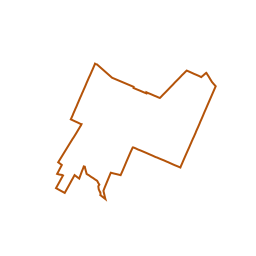 the district of Gottlob, Timis, Romania, rotated 308°
{"feature_id": "2599482B49237381448413", "entity_name": "Gottlob", "entity_type": "district", "adm_level": 2, "iso_a3": "ROU", "parent_name": "Romania", "parent_adm1": "Timis", "projection": "orthographic", "projection_center": [20.686, 45.94], "detail": "fine", "context": "isolated", "style": "outline", "palette": "amber", "viewbox_px": 256, "rotation_deg": 308, "n_neighbors": 0, "source": "geoboundaries", "source_scale": "gbopen_adm2", "svg_char_len": 3082}
<svg xmlns="http://www.w3.org/2000/svg" viewBox="0 0 256 256"><g transform="rotate(308 128 128)"><path d="M209.4,138.9L208.7,138.8L207.3,138.6L205.5,138.4L202.7,138.0L201.3,137.9L199.2,137.7L196.7,137.4L192.7,136.9L189.9,136.7L186.5,136.3L182.5,135.9L181.6,135.8L178.9,135.5L175.7,135.1L172.5,134.8L171.3,134.6L170.8,133.1L170.3,131.0L169.7,129.0L169.1,126.6L168.5,124.3L167.9,122.3L167.5,120.5L166.6,121.1L166.2,119.7L165.7,118.0L164.9,114.8L163.9,111.3L163.4,109.5L163.2,108.6L162.9,107.8L163.9,107.1L157.8,84.5L159.0,64.4L158.5,63.4L158.4,62.4L156.7,62.9L154.8,63.4L152.9,63.9L151.8,64.2L150.8,64.4L149.0,64.9L147.8,65.2L145.8,65.7L145.3,65.8L143.9,66.1L141.2,66.8L137.7,67.7L137.4,67.8L134.1,68.7L130.5,69.6L129.1,70.0L127.3,70.4L124.8,71.1L123.5,71.4L121.9,71.8L120.4,72.2L120.0,72.3L117.8,72.9L116.2,73.3L113.4,74.1L110.4,74.8L108.7,75.3L108.1,75.4L107.0,75.7L105.4,76.1L104.2,76.5L102.9,76.8L99.6,77.6L100.0,79.3L100.7,82.4L101.3,84.8L102.0,88.2L102.4,89.0L101.2,89.3L99.1,89.5L98.5,89.6L96.0,89.9L94.5,90.1L92.1,90.4L90.3,90.6L87.5,90.9L86.4,91.0L85.7,91.0L58.0,94.1L58.1,97.2L58.1,98.2L58.1,98.6L56.7,98.9L53.6,99.4L51.2,99.9L50.0,100.1L48.2,100.4L48.4,101.0L49.1,102.6L49.2,102.8L50.4,104.9L50.6,106.0L40.7,107.6L36.3,108.3L37.2,113.9L37.9,118.1L45.0,117.0L48.7,116.4L52.2,115.8L53.7,115.6L58.0,114.9L58.0,117.2L58.1,120.7L63.1,119.1L65.6,118.3L68.5,117.5L70.5,116.8L70.9,117.8L70.3,118.5L69.9,119.0L68.6,120.7L67.7,121.9L66.8,123.1L66.4,123.5L66.4,124.2L66.4,124.4L66.4,124.6L66.7,126.2L66.7,126.5L66.7,127.2L66.8,129.2L66.8,129.5L66.9,130.0L67.0,130.7L67.1,131.9L67.1,132.6L67.1,133.0L67.3,135.1L67.4,136.1L67.1,136.9L66.3,138.6L65.7,140.3L64.9,140.3L63.8,140.5L62.5,141.8L61.6,142.8L61.2,143.6L60.4,145.1L60.3,145.3L60.4,145.6L60.3,145.8L60.2,145.9L59.8,146.3L59.1,146.9L58.9,147.1L58.6,147.4L58.1,147.5L58.1,150.3L58.1,153.4L58.1,153.9L58.9,152.8L59.5,152.1L62.0,149.0L63.4,147.3L66.6,146.3L71.6,144.9L76.3,143.6L81.0,142.3L82.2,142.0L83.3,144.6L84.6,147.4L85.9,150.3L86.3,151.2L90.8,150.1L95.7,148.8L100.8,147.4L105.8,146.1L110.8,144.8L115.6,143.7L115.8,143.8L116.2,144.9L116.6,146.3L117.2,149.1L118.1,152.0L118.9,155.0L119.7,158.0L120.5,161.2L121.3,164.2L122.1,167.7L122.7,169.3L123.0,170.6L123.8,173.5L124.7,176.6L125.4,179.5L125.8,180.8L126.0,181.7L126.0,181.9L126.2,182.6L126.7,184.6L126.9,185.5L127.6,188.2L127.7,188.5L128.5,191.3L129.1,193.6L131.1,193.0L133.6,192.4L135.0,192.0L138.1,191.2L141.6,190.3L144.0,189.7L148.0,188.7L150.5,188.1L152.7,187.5L155.5,186.8L156.5,186.5L158.6,186.0L159.7,185.7L161.2,185.4L162.8,185.0L164.3,184.6L165.6,184.3L166.8,183.9L169.1,183.3L170.8,182.9L173.2,182.3L175.5,181.7L177.5,181.1L179.6,180.6L181.9,180.0L184.9,179.2L186.3,178.8L188.2,178.3L191.8,177.4L194.4,176.7L214.9,171.4L215.5,168.1L215.8,166.7L216.0,165.7L216.7,163.9L217.0,163.0L217.6,161.5L218.3,159.7L219.4,156.5L219.7,155.8L219.7,155.7L218.8,155.5L217.8,155.3L216.9,155.1L216.1,155.0L215.6,154.9L214.5,154.6L213.2,154.4L213.0,153.4L212.7,151.9L211.9,148.8L211.2,146.3L211.0,145.3L210.2,142.0L209.4,138.9Z" fill="none" stroke="#b45309" stroke-width="2"/></g></svg>